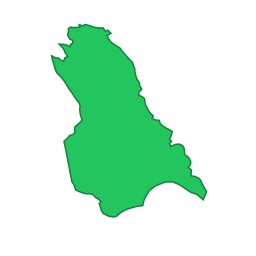 Santo Amaro das Brotas, Sergipe, Brazil, rotated 285°
{"feature_id": "56859067B4442717767123", "entity_name": "Santo Amaro das Brotas", "entity_type": "district", "adm_level": 2, "iso_a3": "BRA", "parent_name": "Brazil", "parent_adm1": "Sergipe", "projection": "robinson", "projection_center": [-36.969, -10.786], "detail": "fine", "context": "isolated", "style": "filled", "palette": "green", "viewbox_px": 256, "rotation_deg": 285, "n_neighbors": 0, "source": "geoboundaries", "source_scale": "gbopen_adm2", "svg_char_len": 1970}
<svg xmlns="http://www.w3.org/2000/svg" viewBox="0 0 256 256"><g transform="rotate(285 128 128)"><path d="M78.1,219.2L86.7,220.5L90.2,217.2L93.5,213.8L96.3,211.8L97.7,209.6L98.5,205.7L98.2,201.1L103.8,200.2L105.6,196.6L108.2,197.6L111.1,197.6L114.6,195.0L116.0,192.5L117.1,189.5L120.3,188.6L123.0,187.4L125.1,185.2L125.8,181.9L124.4,177.9L121.2,174.2L124.0,172.1L126.5,173.5L128.0,171.0L132.2,171.7L136.2,171.6L137.8,165.1L139.1,160.6L141.0,157.6L143.5,156.3L142.8,152.1L143.7,148.8L146.2,149.4L147.4,146.9L149.3,144.3L152.2,141.4L155.1,138.8L157.8,137.4L160.6,136.5L162.1,133.0L162.4,129.9L165.3,129.2L169.0,131.3L171.8,128.5L174.6,127.4L177.4,124.2L179.7,122.5L182.3,121.0L184.6,119.8L187.0,119.3L189.5,117.1L192.2,115.7L198.4,105.8L200.6,102.8L203.2,99.5L203.9,96.7L205.5,91.8L207.1,88.7L209.6,85.7L212.0,83.9L215.1,87.0L217.2,83.1L215.7,80.9L218.2,78.1L216.9,72.8L216.5,68.8L216.9,65.3L217.0,60.1L215.0,57.7L215.1,54.1L212.9,55.4L212.0,52.5L210.9,49.5L210.6,46.4L208.7,44.7L206.0,45.5L202.3,45.5L198.9,48.5L198.5,51.5L195.8,52.8L193.9,50.8L191.5,51.1L192.2,47.6L192.1,44.4L191.2,39.8L187.8,45.3L183.9,48.3L181.6,51.2L179.2,48.7L175.9,48.7L176.2,45.3L177.5,42.8L177.1,39.8L178.0,35.5L174.4,37.3L172.2,38.7L168.8,40.8L165.3,42.9L162.7,45.3L160.4,49.2L158.8,51.7L156.5,54.6L151.7,59.7L149.4,62.2L147.0,65.3L145.2,67.2L141.9,71.0L139.5,74.2L136.8,76.2L133.7,76.4L130.4,77.7L127.0,79.4L124.6,81.3L122.0,80.9L118.9,78.7L115.3,76.5L112.5,76.7L109.9,77.9L107.3,76.3L105.6,73.6L102.2,72.0L98.6,69.6L88.9,74.5L61.6,87.7L59.8,89.9L57.8,91.4L54.6,93.4L53.9,97.7L53.5,101.1L53.7,104.8L54.7,108.8L54.6,111.7L52.4,114.8L51.5,118.2L49.7,121.2L47.7,119.7L44.8,121.6L41.5,123.5L38.9,126.3L37.8,132.5L38.3,137.0L39.5,139.5L44.9,143.3L49.2,147.9L54.7,156.9L56.8,162.4L59.9,162.1L64.0,162.3L73.1,164.8L75.5,166.7L79.5,169.8L83.2,174.9L85.5,178.0L87.5,184.9L86.6,192.2L82.2,205.1L81.9,210.7L81.0,213.3L79.3,216.8L78.1,219.2Z" fill="#22c55e" stroke="#15803d" stroke-width="1.5"/></g></svg>